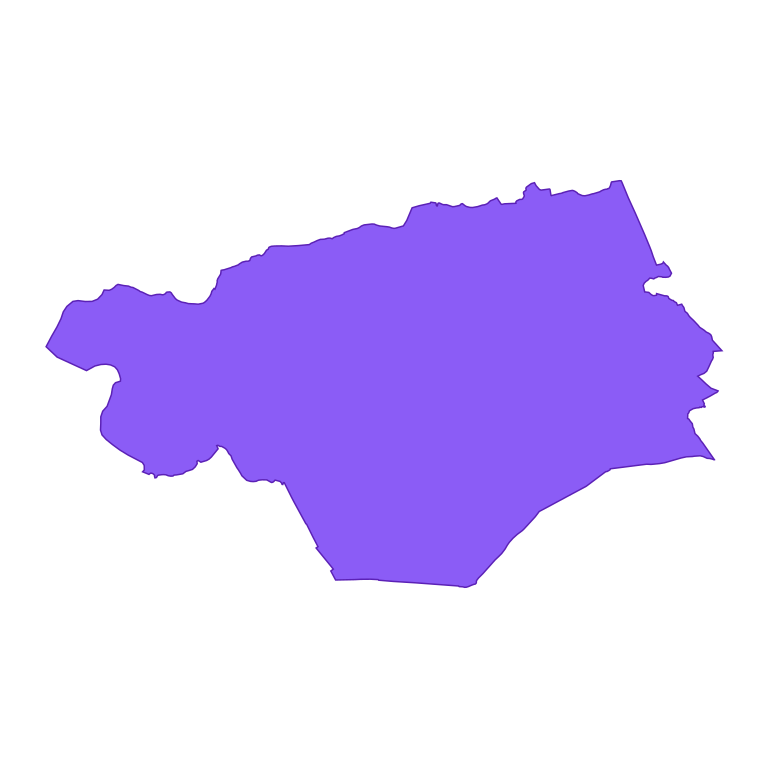 Damienesti, Bacau, Romania
{"feature_id": "2599482B59619146146523", "entity_name": "Damienesti", "entity_type": "district", "adm_level": 2, "iso_a3": "ROU", "parent_name": "Romania", "parent_adm1": "Bacau", "projection": "equal_earth", "projection_center": [27.01, 46.742], "detail": "fine", "context": "isolated", "style": "filled", "palette": "violet", "viewbox_px": 768, "rotation_deg": 0, "n_neighbors": 0, "source": "geoboundaries", "source_scale": "gbopen_adm2", "svg_char_len": 6106}
<svg xmlns="http://www.w3.org/2000/svg" viewBox="0 0 768 768"><path d="M646.7,464.2L651.1,464.4L659.5,463.6L664.8,462.7L681.0,458.0L686.5,456.8L692.6,456.5L694.3,456.2L700.2,455.8L703.1,456.5L707.1,458.3L709.8,458.5L712.3,459.1L714.1,459.8L714.4,459.7L702.8,443.1L700.6,440.4L700.0,439.1L697.8,436.2L695.0,433.6L693.9,429.0L693.5,428.2L692.9,427.3L692.3,423.7L689.9,420.7L689.0,419.3L688.7,419.0L687.6,418.5L687.8,413.9L688.7,412.9L689.5,410.8L693.1,408.7L696.6,407.9L699.2,407.7L699.6,407.2L700.3,407.2L700.7,407.4L701.4,407.4L701.8,406.8L703.0,406.7L704.8,407.1L705.1,406.4L703.9,405.3L704.3,403.7L702.5,400.0L710.1,396.1L715.6,392.9L716.6,392.6L717.8,391.5L718.1,390.9L711.0,388.2L706.1,384.0L701.5,379.6L697.7,376.2L700.7,374.7L704.0,373.4L706.7,371.2L708.7,367.1L711.6,360.7L712.4,359.6L713.2,357.5L712.8,354.8L713.3,352.9L713.2,351.4L721.9,350.7L712.4,340.2L711.7,336.8L711.0,335.1L710.4,334.4L708.7,333.2L706.3,332.1L704.1,330.2L699.7,327.3L698.2,325.4L693.5,320.4L690.2,317.3L688.8,315.7L687.5,313.5L686.5,312.5L685.6,312.0L684.8,311.0L684.0,307.9L683.5,306.9L682.6,305.8L681.7,304.2L677.5,305.3L676.4,302.7L674.3,301.6L673.3,300.5L671.9,300.3L668.9,298.5L668.1,296.5L666.9,295.9L664.5,295.8L656.6,293.6L656.5,295.2L654.3,295.6L653.0,295.6L651.1,294.5L648.8,292.4L644.7,291.9L643.2,285.5L644.2,283.2L646.2,281.2L647.6,280.4L649.8,278.1L651.6,278.3L653.8,278.9L654.8,278.1L656.7,277.4L658.3,276.5L661.8,276.8L662.5,277.2L665.7,277.3L668.4,277.0L670.0,276.1L671.5,273.2L669.1,268.6L668.7,267.6L667.5,266.1L666.3,265.2L663.4,262.0L663.1,262.8L662.4,263.5L660.7,264.2L656.5,265.1L653.3,256.9L651.3,250.9L649.7,246.8L644.7,234.7L635.5,213.6L628.3,197.8L622.1,182.7L621.2,180.8L619.5,180.7L611.7,181.9L611.3,182.4L610.4,185.8L609.5,187.7L608.7,188.5L607.7,188.7L606.9,189.2L605.4,189.3L603.5,189.8L600.8,191.1L599.8,191.8L593.5,193.7L592.2,193.9L588.7,195.0L584.9,195.8L582.3,195.6L579.4,194.4L577.7,193.6L577.2,192.8L575.3,191.5L573.6,190.7L572.3,190.4L568.4,191.1L563.7,192.4L562.9,192.6L562.8,192.8L560.8,193.4L559.4,193.6L551.3,195.6L550.9,194.9L550.3,191.3L550.0,189.5L549.8,189.2L549.4,189.0L541.1,190.1L539.5,189.5L536.1,185.7L534.5,182.7L531.3,183.6L526.5,187.1L526.0,187.9L525.9,188.5L526.1,189.6L526.0,190.2L523.7,191.9L523.5,192.4L523.6,193.6L524.3,195.8L524.0,196.7L522.6,199.0L522.2,199.2L521.3,199.4L519.7,199.4L516.8,200.8L516.0,201.7L515.8,202.6L515.9,203.3L504.5,203.8L501.8,204.4L501.0,204.0L496.9,197.9L496.0,198.2L494.4,199.2L490.7,200.7L489.7,201.4L488.2,203.0L486.7,204.0L484.6,204.8L482.3,205.1L477.7,206.6L472.6,207.5L469.9,207.4L466.4,206.5L465.0,205.7L462.5,203.7L461.9,203.7L460.8,204.2L459.7,205.4L454.3,206.6L452.5,206.7L446.6,204.7L443.4,204.7L441.9,204.2L440.5,203.5L439.3,203.0L438.3,203.1L437.8,203.9L437.5,205.4L437.3,205.9L436.6,205.8L436.3,205.0L436.1,203.7L435.7,202.9L430.9,202.2L430.1,203.3L419.3,205.7L412.1,207.8L406.8,220.4L403.4,225.9L395.5,228.2L394.0,228.4L391.9,228.0L389.4,227.1L386.9,226.7L379.8,226.0L376.6,225.1L374.2,224.1L371.9,224.0L364.1,224.9L361.4,226.0L359.2,227.6L357.3,228.5L352.9,229.4L344.3,232.6L344.2,233.7L341.7,235.0L339.3,235.9L336.3,236.4L333.8,237.5L332.2,238.7L330.0,238.1L327.9,238.2L324.3,239.2L320.3,239.4L317.1,240.6L314.0,242.1L311.2,243.2L309.3,244.6L298.2,245.6L288.3,246.2L281.7,245.9L274.9,246.0L271.4,246.3L270.0,246.8L268.9,247.4L268.2,249.2L266.5,250.2L264.3,253.6L262.4,255.4L261.1,255.8L259.3,254.9L257.3,255.2L256.0,255.9L251.7,256.9L250.5,258.3L249.8,260.5L248.2,261.2L246.1,261.2L242.3,262.1L239.4,263.9L238.4,264.8L234.6,266.3L232.3,266.9L231.0,267.6L224.0,269.8L222.0,270.1L221.1,270.4L220.9,272.4L220.6,274.2L217.7,278.9L217.1,280.9L217.3,282.0L216.9,283.3L216.5,285.3L214.9,289.2L214.0,288.5L211.8,291.3L211.1,293.9L209.9,296.3L206.9,300.2L205.4,301.6L204.3,302.5L203.1,303.2L198.2,304.2L194.9,303.9L188.3,303.6L185.5,302.8L181.6,302.1L177.2,300.1L175.4,298.6L172.2,294.4L171.3,292.9L169.9,291.9L167.1,292.1L166.3,292.4L165.5,293.6L163.7,294.6L162.5,294.8L160.1,294.3L156.5,294.5L151.5,295.7L149.5,295.5L147.2,294.6L142.3,292.2L140.1,291.5L138.8,290.5L133.0,287.5L131.0,287.2L128.5,286.1L123.9,285.6L118.0,284.4L116.2,285.4L114.1,287.5L111.6,289.3L109.2,290.3L104.1,290.0L102.0,294.6L97.6,299.2L92.1,301.4L85.2,301.5L78.0,300.6L72.9,301.4L66.9,306.4L63.3,311.8L61.0,318.7L57.0,326.9L51.7,336.1L46.1,346.7L57.1,357.1L86.5,370.6L94.9,366.0L100.9,364.5L106.0,364.2L110.5,364.9L114.7,366.8L117.4,369.8L119.2,373.8L120.6,378.8L120.4,381.2L115.5,382.7L113.3,385.2L112.3,388.8L111.4,394.6L107.1,406.3L102.7,411.2L100.8,416.8L100.8,423.2L100.5,430.1L102.0,434.9L106.2,439.5L112.5,444.6L120.0,450.1L128.2,455.1L142.4,462.5L144.2,465.4L144.3,469.9L142.6,471.8L149.0,474.4L149.9,473.6L150.9,473.1L152.3,473.4L153.4,474.0L154.6,475.3L154.5,476.1L154.7,477.1L155.0,477.9L156.5,477.5L157.4,475.9L158.1,475.2L161.6,474.7L163.6,474.6L166.0,474.8L168.1,475.7L170.4,476.1L172.2,476.1L173.2,475.9L174.0,475.1L176.5,474.9L182.8,473.8L186.0,471.4L189.1,470.5L192.5,469.4L195.2,466.9L197.2,463.7L196.9,461.3L198.1,460.5L200.9,462.2L206.6,460.5L209.1,459.1L211.4,457.0L218.1,448.8L216.7,445.6L217.9,445.3L220.0,446.4L221.6,446.4L224.9,448.2L226.5,449.6L227.6,451.3L228.8,453.6L231.0,455.8L232.2,459.3L236.9,467.7L238.3,469.7L240.5,473.2L241.9,475.8L246.7,480.3L250.5,481.4L253.2,481.6L256.1,481.3L258.5,480.2L262.3,479.8L266.8,479.9L270.9,482.2L271.8,482.5L273.0,482.1L273.8,481.5L275.1,480.1L280.0,481.4L281.4,482.8L282.1,484.4L282.8,484.5L283.4,482.7L284.3,482.7L291.4,497.0L293.8,501.6L305.9,523.8L306.6,524.2L313.0,537.1L318.0,546.7L316.1,548.0L333.3,569.1L330.8,571.0L335.6,580.0L354.8,579.6L360.7,579.3L370.5,579.2L378.2,579.6L378.7,580.2L392.9,581.4L415.4,582.8L458.5,586.0L459.2,586.6L462.7,586.8L464.7,587.3L466.4,587.2L468.6,586.5L471.6,585.2L474.0,584.3L475.2,584.1L476.0,583.4L476.3,582.8L476.4,581.1L476.7,580.4L478.5,578.0L483.0,573.5L495.1,559.9L498.7,556.5L501.7,553.5L505.1,549.0L507.3,545.2L509.4,542.2L513.0,538.2L517.2,534.4L522.3,530.6L523.9,529.1L535.2,516.8L539.2,511.5L586.3,486.2L605.8,471.6L606.8,471.6L608.6,470.7L610.1,469.7L610.3,468.8L646.7,464.2Z" fill="#8b5cf6" stroke="#5b21b6" stroke-width="1.5"/></svg>